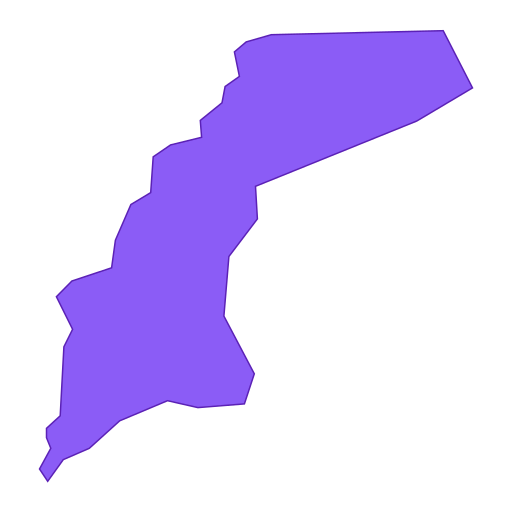 Gogrial East, Warrap, South Sudan
{"feature_id": "79223893B33443861604681", "entity_name": "Gogrial East", "entity_type": "district", "adm_level": 2, "iso_a3": "SSD", "parent_name": "South Sudan", "parent_adm1": "Warrap", "projection": "mercator", "projection_center": [28.468, 8.516], "detail": "fine", "context": "isolated", "style": "filled", "palette": "violet", "viewbox_px": 512, "rotation_deg": 0, "n_neighbors": 0, "source": "geoboundaries", "source_scale": "gbopen_adm2", "svg_char_len": 580}
<svg xmlns="http://www.w3.org/2000/svg" viewBox="0 0 512 512"><path d="M271.3,34.7L246.2,41.9L234.4,51.9L239.4,76.4L225.1,86.5L222.0,102.8L200.3,120.4L201.6,137.3L170.6,144.9L153.2,156.8L150.7,192.6L130.9,204.5L115.4,240.2L111.6,267.8L71.9,281.0L56.4,296.7L72.6,329.3L63.9,346.8L60.2,415.8L46.5,428.3L46.5,437.7L50.8,448.3L39.5,469.0L47.7,481.3L63.3,459.6L89.3,448.3L119.7,420.8L167.5,400.7L197.9,407.6L244.4,403.9L254.3,373.8L223.9,316.1L228.9,256.5L257.4,218.9L255.5,186.3L416.8,121.0L472.5,87.9L443.2,30.7L271.3,34.7Z" fill="#8b5cf6" stroke="#5b21b6" stroke-width="1.5"/></svg>